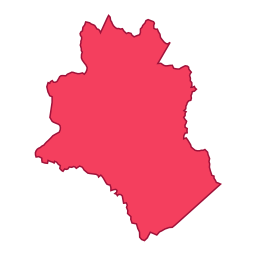 Lagoa do Tocantins, Tocantins, Brazil
{"feature_id": "56859067B37733524281013", "entity_name": "Lagoa do Tocantins", "entity_type": "district", "adm_level": 2, "iso_a3": "BRA", "parent_name": "Brazil", "parent_adm1": "Tocantins", "projection": "natural_earth1", "projection_center": [-47.496, -10.345], "detail": "fine", "context": "isolated", "style": "filled", "palette": "rose", "viewbox_px": 256, "rotation_deg": 0, "n_neighbors": 0, "source": "geoboundaries", "source_scale": "gbopen_adm2", "svg_char_len": 3441}
<svg xmlns="http://www.w3.org/2000/svg" viewBox="0 0 256 256"><path d="M220.6,184.1L217.9,182.9L216.4,182.5L215.3,180.2L214.0,178.2L214.0,176.1L211.8,175.3L211.3,173.6L210.4,171.0L209.4,167.2L209.7,164.0L209.0,161.5L209.6,158.6L208.0,154.5L207.6,152.2L204.9,149.5L203.2,150.3L201.2,150.3L199.5,150.8L197.3,150.8L195.1,150.3L193.0,148.6L191.2,147.0L190.6,144.8L189.0,142.1L187.7,140.0L186.2,137.9L183.7,138.8L183.8,135.7L185.2,133.1L187.2,132.8L187.0,130.8L187.2,128.5L185.1,127.3L185.0,125.1L186.0,123.2L186.6,121.2L185.2,119.7L183.7,117.3L185.1,115.7L185.1,113.2L186.1,111.7L183.9,110.7L185.8,108.8L185.9,106.1L186.7,104.6L187.2,102.8L188.6,100.9L190.8,100.3L191.4,98.1L191.0,95.7L191.7,94.1L192.3,91.7L194.5,91.1L196.4,89.2L195.1,88.1L194.3,86.4L192.6,87.2L191.1,87.3L191.9,85.5L191.8,82.7L190.3,80.8L190.4,78.1L189.6,75.6L190.1,73.9L191.3,72.2L189.7,70.3L188.8,69.0L188.6,67.2L187.3,66.1L185.2,65.8L182.9,66.9L180.8,68.0L179.4,69.0L177.6,69.0L175.8,68.8L173.7,68.3L172.3,65.3L169.9,65.4L167.3,65.8L165.8,65.9L163.9,65.4L160.8,63.3L157.8,63.5L170.1,42.4L167.7,43.9L165.9,43.5L164.2,42.2L162.1,39.7L160.5,37.5L159.9,34.1L158.6,32.1L157.3,29.1L155.8,29.3L153.9,28.4L153.7,25.6L154.4,23.2L153.5,21.7L150.9,20.7L148.1,19.6L146.0,20.6L145.0,23.0L142.7,25.5L142.0,27.3L140.4,29.0L140.4,32.6L139.6,34.7L136.8,35.7L134.1,36.8L132.1,35.3L131.0,33.4L128.3,32.7L126.4,33.5L123.9,31.1L122.4,28.7L120.5,29.1L118.8,28.5L116.9,28.6L115.3,27.6L113.5,25.8L112.3,23.7L111.6,21.9L110.6,20.4L110.1,17.1L108.6,15.4L107.1,18.3L100.5,32.7L99.7,30.7L98.6,29.4L97.0,29.0L94.7,25.5L93.4,24.8L91.4,24.1L89.6,22.8L87.2,22.2L85.7,21.9L84.7,24.9L82.9,27.3L82.4,30.9L81.0,31.8L80.1,33.6L80.5,35.5L81.6,37.0L81.6,39.2L80.9,41.1L80.9,42.8L80.3,45.1L81.3,48.5L81.3,50.7L82.3,52.1L81.5,54.6L81.4,57.9L82.4,60.3L84.7,63.5L85.9,64.9L87.2,67.7L86.8,70.1L86.0,72.0L84.3,74.2L82.5,72.9L79.7,73.6L77.9,73.7L75.0,73.0L73.3,72.4L71.8,72.2L70.4,72.9L67.4,74.2L65.8,75.8L62.9,75.6L61.1,75.7L59.7,76.7L58.7,78.6L57.0,81.5L55.2,82.3L53.5,82.2L52.3,80.6L50.4,81.7L49.7,83.3L48.1,82.6L47.5,84.5L46.8,86.8L48.0,92.0L49.0,94.0L49.7,95.7L52.1,96.7L52.1,102.4L49.9,117.4L52.0,121.1L53.3,122.1L55.2,122.9L58.8,124.4L60.0,125.7L60.4,127.7L60.2,129.9L59.2,132.2L56.0,133.9L52.9,135.7L50.8,138.0L48.3,140.5L46.6,142.0L45.1,143.6L43.9,145.1L42.2,145.9L40.1,147.6L38.5,148.3L37.2,149.3L36.1,150.8L35.4,152.7L35.5,155.0L36.1,157.0L38.9,156.6L41.8,158.2L41.8,160.2L42.1,162.1L44.8,163.0L47.5,163.3L48.1,160.4L50.8,161.6L52.6,162.1L54.1,163.0L54.6,161.3L56.7,162.2L58.3,164.3L60.3,165.6L59.8,168.5L61.6,170.5L63.0,171.3L64.6,169.0L66.2,169.4L67.8,169.0L69.3,167.0L71.8,167.3L73.7,166.5L75.1,167.0L76.3,168.3L79.6,166.1L82.0,167.0L83.2,168.4L84.0,169.9L86.1,171.7L87.8,173.1L89.8,173.5L92.9,173.9L96.0,174.3L98.0,175.3L98.6,177.0L100.8,175.1L102.0,176.3L103.5,178.4L104.9,180.9L105.9,182.7L107.0,184.2L108.6,184.8L110.1,185.0L110.9,187.7L110.9,190.6L112.6,190.0L114.2,189.6L115.8,189.4L117.0,190.4L116.7,192.1L114.9,193.6L116.5,194.2L117.4,195.7L118.6,194.4L120.9,194.6L122.3,196.0L122.9,199.3L123.6,203.2L126.3,202.9L127.3,205.1L126.5,207.3L127.8,210.5L127.6,213.6L130.9,216.6L130.8,219.4L132.0,223.0L136.5,223.9L137.8,228.5L139.5,232.0L139.6,234.4L139.7,237.2L141.6,239.5L144.5,240.6L147.4,237.8L148.2,236.0L149.2,234.3L150.3,232.2L153.2,233.4L156.8,235.0L159.5,231.9L161.6,230.9L164.9,229.0L169.2,227.5L172.3,227.3L174.9,225.2L220.6,184.1Z" fill="#f43f5e" stroke="#9f1239" stroke-width="1.5"/></svg>